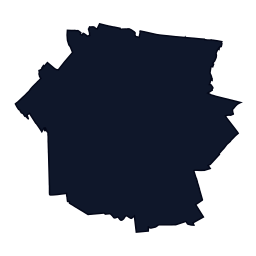 Pestera, Constanta, Romania
{"feature_id": "2599482B96681929842674", "entity_name": "Pestera", "entity_type": "district", "adm_level": 2, "iso_a3": "ROU", "parent_name": "Romania", "parent_adm1": "Constanta", "projection": "equal_earth", "projection_center": [28.117, 44.192], "detail": "fine", "context": "isolated", "style": "filled", "palette": "ink", "viewbox_px": 256, "rotation_deg": 0, "n_neighbors": 0, "source": "geoboundaries", "source_scale": "gbopen_adm2", "svg_char_len": 5473}
<svg xmlns="http://www.w3.org/2000/svg" viewBox="0 0 256 256"><path d="M49.5,193.2L49.6,193.3L49.6,194.2L49.6,194.4L49.8,194.7L50.2,194.9L51.5,194.9L52.3,194.9L54.1,194.8L57.7,194.5L60.5,194.1L66.6,193.4L66.7,195.4L66.8,196.0L66.9,196.5L67.1,197.1L67.1,197.8L67.3,199.5L67.5,201.2L67.7,201.4L68.0,201.6L69.4,201.4L69.5,202.0L69.5,203.1L71.0,204.1L72.6,205.0L74.9,206.5L81.7,210.6L82.6,211.1L84.8,212.5L88.1,214.5L88.4,214.4L100.1,213.4L103.9,213.0L104.5,213.4L105.3,214.1L109.5,213.7L110.6,214.0L112.5,215.9L113.8,217.6L114.2,217.8L114.8,217.9L115.4,217.8L117.3,217.1L117.8,217.0L118.2,217.3L118.6,217.7L119.4,218.8L119.8,219.3L120.4,219.9L120.7,220.1L121.1,220.2L121.3,220.2L121.7,220.1L121.9,220.1L123.0,219.3L123.5,218.9L123.7,218.7L124.1,218.0L125.0,216.7L125.3,216.2L125.6,216.0L125.8,215.9L126.3,215.9L126.7,215.8L127.1,215.9L127.5,216.1L128.0,216.5L128.8,217.1L130.7,218.2L131.2,218.3L131.4,218.2L131.6,218.2L131.8,218.1L132.0,217.9L134.4,215.9L136.3,232.1L139.8,231.8L148.3,231.0L148.4,226.8L148.5,226.8L148.9,227.2L150.0,227.9L150.3,228.0L150.6,228.0L151.1,228.0L155.4,227.0L155.9,226.7L156.3,226.5L157.9,225.3L158.4,224.9L158.8,224.8L169.8,224.8L175.4,224.7L175.8,224.7L185.5,221.5L185.9,221.5L186.1,221.6L186.3,221.8L186.6,222.4L187.4,223.7L187.9,224.1L188.5,224.3L189.9,224.6L190.9,224.9L191.5,225.0L193.2,225.1L193.9,225.1L193.0,222.8L203.4,217.0L200.8,212.9L195.6,204.6L197.6,203.3L202.0,200.3L202.3,200.1L202.4,199.8L201.1,195.3L199.9,191.1L199.5,189.9L199.4,188.9L198.7,186.8L198.4,185.5L198.0,184.3L197.6,183.1L197.5,182.7L197.1,181.9L197.3,181.6L196.7,179.7L196.3,178.3L195.9,177.7L195.1,175.1L194.4,172.8L193.9,171.3L193.8,171.1L193.8,170.7L194.0,170.5L194.6,170.3L195.4,170.2L196.2,170.2L200.5,170.4L204.4,170.3L210.2,168.5L208.1,165.4L210.3,164.3L219.4,154.4L219.0,153.7L221.7,150.6L224.1,148.0L226.8,144.4L230.3,141.3L230.9,140.3L235.5,135.6L238.2,133.3L237.6,132.3L234.5,128.2L231.7,124.6L226.7,118.1L225.5,116.3L225.4,115.8L226.0,115.7L226.4,115.5L227.5,115.2L228.6,115.1L229.7,115.1L230.4,115.2L230.7,115.2L231.0,115.1L231.8,114.7L233.3,114.1L233.3,113.9L233.0,113.0L232.9,112.9L232.7,112.0L232.4,109.4L233.3,108.7L233.6,108.3L234.6,107.1L235.4,106.1L235.7,105.8L236.4,105.1L237.5,104.1L238.2,103.7L238.4,103.6L239.7,102.9L240.6,102.5L215.7,96.3L212.6,95.3L212.3,95.3L211.3,95.0L207.9,93.2L207.7,93.1L211.8,90.4L212.2,90.2L212.1,89.4L212.4,88.7L212.8,88.2L212.9,87.9L212.8,87.6L212.7,87.3L211.9,86.2L211.5,85.5L211.1,85.0L210.6,84.6L210.3,84.5L209.4,84.5L211.3,78.6L211.5,78.8L211.7,79.5L211.9,80.2L212.1,80.3L212.1,78.8L212.1,78.5L211.6,77.7L211.6,77.2L211.2,75.9L210.7,74.7L210.1,73.5L210.0,72.6L210.7,68.2L211.1,66.5L211.3,66.4L212.7,66.8L213.6,64.2L213.0,63.9L212.7,63.3L213.3,62.7L213.6,62.1L214.2,61.4L214.6,61.0L216.1,57.6L216.4,55.5L216.3,54.6L216.1,54.6L216.1,53.3L216.2,52.8L216.6,51.8L216.9,51.2L217.6,49.7L217.9,49.4L218.1,49.1L218.4,48.6L218.5,48.9L218.6,49.1L218.6,49.3L219.0,49.5L219.1,49.2L219.1,48.7L219.3,48.0L219.3,47.5L219.6,47.3L219.7,47.2L220.0,47.0L220.0,46.9L220.0,46.7L220.7,46.5L221.2,46.5L221.4,45.9L221.9,43.6L221.8,43.3L221.8,43.2L221.4,42.0L221.4,41.9L221.4,41.7L221.5,41.6L217.2,40.8L213.2,40.2L212.6,40.2L211.8,40.0L211.0,39.9L210.2,40.1L209.3,40.1L209.0,40.1L207.9,40.0L207.0,40.0L206.5,39.9L205.9,39.8L204.6,39.6L204.4,39.2L200.3,38.9L194.2,38.3L187.9,37.8L184.9,37.5L184.9,37.4L184.8,37.5L180.3,37.1L175.4,36.7L169.1,36.0L162.9,35.4L160.2,35.1L156.7,34.6L144.2,31.8L140.2,31.0L140.0,31.7L140.3,31.9L139.1,37.5L137.1,36.8L135.6,36.5L134.9,34.9L135.1,32.9L134.4,32.0L131.3,29.9L129.2,28.9L127.6,28.9L126.8,29.1L126.2,29.0L122.6,29.1L121.1,29.3L120.1,29.2L120.1,28.3L113.8,27.0L113.6,27.1L110.5,26.4L108.8,26.1L106.9,25.6L106.7,25.6L99.6,23.8L97.2,28.9L95.8,28.5L95.6,28.5L95.3,28.4L95.0,27.8L94.8,27.5L94.5,27.3L93.7,27.0L93.3,26.9L92.1,26.9L90.8,27.0L90.3,27.0L89.9,26.9L89.6,26.9L89.5,27.1L89.2,27.8L89.0,28.1L88.8,28.8L88.5,29.1L89.0,30.7L89.1,31.2L89.3,32.0L89.5,32.5L89.6,32.9L89.6,33.2L89.6,34.7L89.8,35.4L89.7,35.6L89.0,35.7L88.8,35.7L87.3,36.3L87.1,36.3L86.9,35.7L86.2,35.2L84.4,33.9L83.6,33.5L83.4,33.5L83.2,33.4L83.0,33.7L82.8,33.8L82.6,34.3L82.0,35.2L81.5,35.0L80.4,34.1L80.8,32.7L78.7,31.1L77.9,30.6L77.6,30.6L77.2,30.7L76.8,30.7L76.3,30.7L74.7,30.4L73.7,30.5L73.0,30.5L72.6,30.5L71.7,30.5L67.4,30.3L67.1,35.0L67.4,39.3L67.5,40.3L68.9,44.9L70.3,46.7L72.6,52.5L64.4,62.1L58.3,69.9L57.9,69.8L56.9,69.7L56.1,69.5L55.5,69.2L55.2,69.0L54.2,68.3L47.4,62.6L44.3,66.2L43.5,65.5L42.1,67.6L42.7,67.9L42.5,68.2L42.1,68.2L41.9,68.4L41.5,69.2L40.0,70.2L39.2,70.4L39.0,70.5L39.3,72.3L39.0,74.0L39.5,75.8L39.6,76.5L40.9,78.4L38.5,81.0L37.8,81.5L36.5,83.0L35.8,83.6L34.3,85.1L32.5,86.9L30.5,89.2L29.5,90.7L28.5,91.8L27.3,92.9L25.7,94.6L25.0,95.3L23.9,96.3L23.0,97.1L17.7,102.1L16.3,103.1L15.4,103.9L16.1,105.2L16.9,106.7L17.2,107.2L18.7,109.5L18.9,109.5L19.2,109.5L19.4,109.6L19.8,110.1L20.3,111.1L21.3,112.7L21.8,113.0L22.8,113.3L23.0,113.5L23.7,114.5L23.9,114.8L24.4,115.6L24.7,116.1L25.3,115.8L25.7,116.3L28.2,118.8L28.3,118.7L27.0,114.9L29.5,113.3L35.6,122.9L35.7,123.1L36.3,123.5L39.1,127.5L40.5,129.6L41.8,131.7L44.0,128.0L44.7,128.0L44.8,128.0L44.8,129.6L44.7,130.2L44.8,130.6L45.9,130.5L45.7,129.2L45.8,128.9L45.9,129.1L47.1,131.7L47.3,131.9L48.0,132.4L48.0,134.7L48.2,136.7L48.2,138.9L48.2,140.4L48.2,141.6L48.3,143.5L48.4,147.7L48.5,150.3L48.5,151.9L48.6,153.6L49.3,179.8L49.4,184.7L49.5,185.9L49.5,189.0L49.5,189.4L49.6,189.6L49.5,190.1L49.5,193.2Z" fill="#0f172a" stroke="#020617" stroke-width="1.5"/></svg>